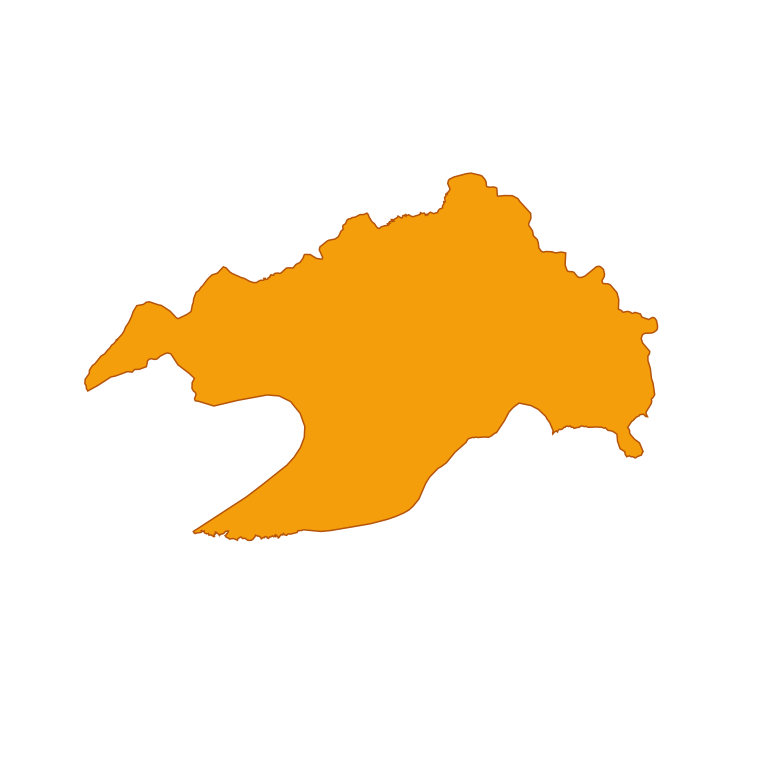 Kasy, Vientiane, Laos (Mercator projection), rotated 33°
{"feature_id": "54806243B33776683357165", "entity_name": "Kasy", "entity_type": "district", "adm_level": 2, "iso_a3": "LAO", "parent_name": "Laos", "parent_adm1": "Vientiane", "projection": "mercator", "projection_center": [102.146, 19.097], "detail": "fine", "context": "isolated", "style": "filled", "palette": "amber", "viewbox_px": 768, "rotation_deg": 33, "n_neighbors": 0, "source": "geoboundaries", "source_scale": "gbopen_adm2", "svg_char_len": 6170}
<svg xmlns="http://www.w3.org/2000/svg" viewBox="0 0 768 768"><g transform="rotate(33 384 384)"><path d="M419.0,536.0L448.7,508.6L461.0,495.1L466.6,487.8L470.9,481.2L473.5,476.1L475.0,470.4L475.9,461.3L473.1,444.7L472.9,437.2L475.3,425.1L476.7,422.7L479.2,416.2L480.7,402.5L484.6,388.3L484.3,384.4L487.5,380.3L488.4,380.2L490.0,378.5L492.1,377.6L497.3,373.6L500.7,371.7L502.4,368.9L503.6,365.2L504.8,363.5L505.0,349.4L504.1,339.5L505.1,333.3L507.7,326.4L519.1,322.0L527.4,321.2L537.8,323.2L539.0,324.2L544.2,326.2L551.4,331.2L552.0,333.1L552.8,334.0L553.1,331.5L554.0,329.6L555.7,329.8L555.3,328.2L555.7,326.6L557.3,325.8L558.1,324.6L558.5,322.4L559.5,321.6L559.5,320.6L560.8,319.4L562.1,319.1L562.8,317.8L564.4,318.3L566.1,317.3L567.6,317.7L570.2,314.7L571.1,314.3L572.3,311.6L575.3,310.6L576.7,309.3L577.9,309.4L579.8,308.5L585.3,304.5L590.2,301.7L592.8,301.1L593.6,300.1L596.9,300.9L601.3,299.1L606.7,299.2L611.1,304.9L617.3,309.7L622.6,309.6L624.9,311.8L627.2,312.8L628.7,310.7L630.7,310.5L632.4,309.4L634.6,309.3L635.5,308.5L635.8,307.2L638.6,303.4L637.9,300.1L638.2,299.6L630.3,294.2L624.2,293.9L618.1,292.1L616.4,291.0L615.5,289.5L614.0,288.4L612.0,287.8L612.1,280.4L612.7,279.2L613.7,274.2L615.3,271.8L615.4,270.2L618.2,268.0L621.2,268.7L622.8,267.9L620.3,266.4L619.1,265.0L618.8,255.3L618.1,252.9L616.5,251.1L617.0,248.0L616.8,245.5L609.1,236.7L605.3,233.7L599.0,226.0L592.5,220.5L590.1,216.8L590.2,214.1L589.1,211.9L578.7,208.8L575.0,205.9L574.0,202.3L574.4,200.7L575.3,199.3L580.4,195.7L581.9,194.1L583.3,190.5L583.2,188.9L581.9,186.4L577.9,182.3L575.0,181.3L573.7,181.6L572.8,182.1L570.8,185.8L563.9,187.4L560.8,185.6L555.4,187.3L554.7,188.7L553.6,189.7L551.2,189.6L548.6,190.5L545.5,193.6L542.7,193.1L539.8,193.5L534.8,185.2L529.5,180.5L519.8,177.6L517.3,178.0L513.4,180.2L512.0,180.1L510.6,178.6L510.2,174.0L509.1,171.7L505.5,168.3L501.9,167.8L500.3,168.1L498.3,169.9L493.8,184.0L491.6,187.0L489.4,188.5L487.6,188.5L482.8,187.0L481.1,187.1L477.6,189.1L475.9,189.2L471.1,185.6L465.0,175.1L460.8,176.8L456.4,180.7L452.9,181.6L447.6,184.7L445.9,186.6L443.7,187.0L439.8,185.5L436.2,181.3L433.8,179.4L428.6,178.3L425.0,174.6L418.8,172.0L417.9,170.3L417.0,165.1L414.1,161.0L398.6,157.0L395.3,155.6L389.0,156.2L382.6,160.2L377.2,164.5L376.5,164.4L372.1,158.5L370.9,158.3L368.7,159.0L365.2,161.6L362.9,162.4L362.0,162.1L359.7,159.0L357.3,157.5L352.9,156.2L350.7,156.6L342.2,159.7L338.6,162.7L329.9,172.3L327.3,176.7L327.2,178.3L328.3,181.2L333.0,184.4L333.4,185.4L333.4,188.3L332.8,188.9L333.9,190.4L332.5,190.7L332.6,191.4L333.6,192.5L333.2,194.6L336.1,197.7L336.0,198.2L334.8,198.6L336.0,200.0L336.1,202.8L337.2,204.4L335.3,207.1L335.1,209.4L335.5,210.7L334.8,212.1L334.0,212.5L333.0,214.0L329.3,214.7L328.4,217.1L328.6,218.0L327.8,218.1L328.0,218.9L326.9,218.9L326.9,219.8L324.6,218.7L323.1,220.3L321.4,220.3L321.3,221.1L322.0,222.0L317.2,228.0L314.7,228.6L312.7,228.5L311.3,230.4L310.2,230.0L310.3,230.7L309.7,230.9L310.4,231.5L309.1,231.5L308.1,232.8L308.9,234.6L307.4,235.4L304.3,235.5L304.5,237.1L303.0,240.1L302.3,241.2L300.5,242.1L300.7,242.5L302.7,241.9L303.7,242.1L300.3,244.8L300.3,246.0L301.3,246.1L299.9,247.5L301.2,247.6L301.3,248.1L300.3,248.6L300.5,249.2L298.8,250.4L296.0,253.9L295.3,256.2L293.2,256.7L288.4,254.7L285.7,254.6L280.6,252.1L278.3,250.4L276.6,250.0L274.9,252.7L271.6,255.1L268.9,259.8L266.5,261.9L265.7,263.9L264.2,265.0L263.7,266.9L264.4,270.4L263.3,273.1L263.7,274.5L265.5,276.6L264.7,279.0L265.5,285.4L263.9,289.2L259.3,293.6L258.3,295.5L255.6,303.9L256.6,306.7L263.5,311.2L264.1,312.7L263.7,313.3L258.8,315.5L251.7,315.6L247.1,318.4L246.8,319.2L247.6,323.0L247.3,327.9L245.1,331.6L244.5,336.2L239.9,339.1L238.9,340.2L237.2,346.9L236.3,348.1L234.6,348.7L232.4,350.5L231.9,351.5L232.2,352.9L229.6,354.1L229.9,354.8L229.5,355.8L230.1,356.6L229.0,358.0L229.4,358.8L228.4,360.4L227.2,360.8L226.8,360.1L225.7,360.9L226.7,361.9L226.3,362.6L223.6,364.6L221.6,368.6L218.8,370.2L215.4,371.1L209.6,371.5L206.1,372.5L196.7,374.0L193.6,374.0L188.4,372.6L185.4,373.3L184.1,381.0L183.3,382.7L180.5,385.9L179.7,388.5L178.9,392.6L178.4,400.7L177.8,402.6L177.8,406.5L176.5,409.4L177.9,416.0L179.8,419.9L180.1,421.7L182.7,428.3L181.0,432.7L175.8,441.3L173.8,441.6L164.8,439.4L154.3,439.4L152.0,440.4L142.3,442.9L140.1,445.0L138.8,448.4L134.0,452.9L134.2,459.6L135.7,465.9L136.4,471.7L136.3,477.0L137.2,481.4L137.2,485.1L136.1,491.6L136.3,492.2L135.7,492.2L135.4,493.0L135.8,493.9L135.4,497.4L134.4,500.0L134.5,502.7L133.7,506.3L133.3,510.9L131.5,514.7L130.5,524.7L129.4,527.4L129.4,532.7L131.1,535.9L130.8,542.8L132.9,546.6L135.0,547.5L136.9,549.9L139.4,551.2L145.0,540.6L151.1,526.9L154.4,523.6L162.1,513.3L166.3,511.2L166.9,507.7L170.7,505.0L175.3,498.9L173.0,493.2L173.7,491.1L174.7,489.7L178.3,488.3L180.0,486.7L181.2,482.4L184.0,477.6L185.5,475.8L188.8,474.8L200.8,480.1L214.9,481.2L221.9,482.5L222.4,487.4L225.4,492.3L228.1,493.7L230.3,493.8L232.2,495.3L233.1,499.5L234.8,500.9L237.9,499.5L253.3,495.1L270.4,477.2L292.0,456.8L302.6,451.1L315.3,449.6L329.7,454.3L340.7,462.7L346.2,472.2L348.5,482.7L348.5,494.2L346.8,504.9L336.7,535.1L329.9,554.1L304.4,611.6L306.2,612.4L307.2,612.2L307.9,611.1L311.4,608.1L311.8,607.0L310.6,606.7L310.9,606.1L312.4,606.2L313.3,605.2L314.3,606.6L316.9,606.3L318.3,604.9L319.5,606.1L320.9,604.9L324.6,604.7L324.9,604.1L323.6,603.1L324.2,602.0L323.2,600.1L324.3,599.6L325.1,600.2L327.1,599.9L328.5,600.7L328.8,599.0L330.5,597.4L331.1,595.9L331.3,594.0L333.5,592.0L334.1,593.6L333.7,595.0L334.0,595.8L333.3,597.7L335.2,598.4L337.7,598.0L338.9,598.2L341.8,595.6L346.2,594.8L345.7,593.2L346.9,590.7L347.7,590.1L349.5,590.7L351.4,589.1L354.5,589.3L356.2,588.6L357.9,587.2L358.6,585.6L359.0,582.5L358.6,580.7L360.8,580.4L362.4,579.6L364.4,580.0L365.4,580.7L366.4,578.4L367.1,578.3L367.4,576.6L369.7,576.1L370.0,576.7L371.2,576.4L371.4,574.6L372.2,574.1L373.2,572.1L374.6,572.3L374.9,571.8L375.0,569.5L375.7,569.6L376.0,571.1L376.5,571.0L376.3,569.7L377.9,569.7L379.1,570.7L379.5,569.8L379.6,566.6L381.0,565.9L380.5,565.5L381.2,564.0L382.5,564.7L384.7,564.0L385.2,562.0L387.6,560.6L392.0,555.8L391.7,554.0L394.7,551.7L395.9,550.1L411.4,542.0L419.0,536.0Z" fill="#f59e0b" stroke="#b45309" stroke-width="1.5"/></g></svg>